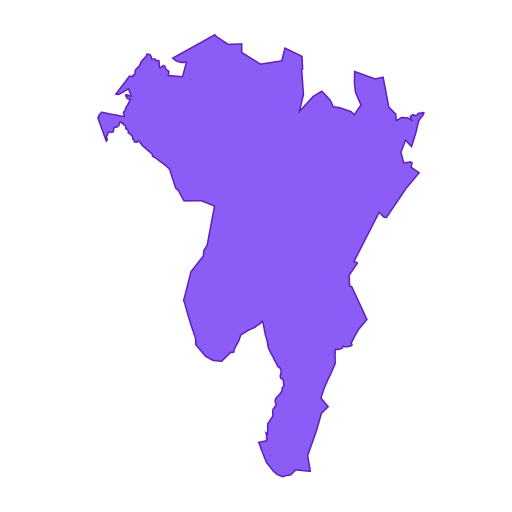 Tlalchapa, Guerrero, Mexico, rotated 182°
{"feature_id": "50627088B97959743507654", "entity_name": "Tlalchapa", "entity_type": "district", "adm_level": 2, "iso_a3": "MEX", "parent_name": "Mexico", "parent_adm1": "Guerrero", "projection": "robinson", "projection_center": [-100.395, 18.462], "detail": "fine", "context": "isolated", "style": "filled", "palette": "violet", "viewbox_px": 512, "rotation_deg": 182, "n_neighbors": 0, "source": "geoboundaries", "source_scale": "gbopen_adm2", "svg_char_len": 6006}
<svg xmlns="http://www.w3.org/2000/svg" viewBox="0 0 512 512"><g transform="rotate(182 256 256)"><path d="M194.2,42.7L197.4,58.4L189.6,83.1L185.1,101.2L178.6,107.9L186.1,116.3L185.5,118.8L183.1,126.6L179.4,136.0L178.0,138.9L173.1,151.2L173.6,160.7L173.4,161.9L173.5,163.0L173.6,163.8L173.7,164.4L173.7,164.7L173.7,165.1L173.6,165.4L173.5,165.5L173.3,165.6L173.1,165.5L172.7,165.5L172.4,165.3L172.2,165.2L171.9,165.2L171.5,165.4L171.2,165.5L170.4,165.5L169.8,165.7L169.3,165.9L168.3,166.2L167.6,166.6L167.0,166.8L166.5,167.1L166.3,167.6L166.0,168.5L165.9,168.9L165.7,169.0L165.4,169.0L165.2,168.7L164.9,168.5L164.7,168.5L164.3,168.4L163.3,168.4L162.6,168.4L161.4,168.6L160.4,168.9L159.6,168.9L158.8,169.1L158.2,169.4L157.6,169.7L157.3,170.0L157.1,170.1L157.1,170.3L157.0,170.6L157.0,170.9L157.9,172.1L154.7,178.9L154.6,179.3L151.0,186.1L142.9,196.4L151.2,212.8L159.3,228.7L161.4,229.5L162.3,240.1L161.7,240.9L154.5,252.3L154.9,253.1L158.0,253.7L134.5,303.9L129.5,299.3L127.1,298.9L109.6,326.8L109.8,327.0L95.9,344.9L104.1,350.1L103.3,354.5L105.1,355.5L111.5,354.0L114.8,364.8L110.6,377.0L104.4,370.8L100.7,384.1L98.1,396.7L96.1,400.0L94.5,401.7L93.1,404.8L94.6,405.3L96.4,404.4L98.5,404.4L100.0,402.5L101.8,401.9L104.3,402.8L106.7,400.6L105.2,397.1L109.2,399.3L115.2,399.5L116.1,399.2L117.2,398.1L120.6,396.3L121.3,402.7L128.5,409.5L135.2,439.1L143.1,437.1L163.8,443.8L163.7,432.6L162.3,423.2L158.7,415.5L156.3,410.7L162.7,400.6L166.0,403.6L177.7,407.2L184.0,407.9L187.5,414.6L196.0,423.0L204.3,417.6L217.6,402.0L214.2,419.2L215.3,428.9L215.4,430.2L216.9,444.1L215.9,444.4L217.0,457.1L234.3,464.8L237.1,451.9L258.2,447.9L277.4,458.9L277.6,467.4L291.2,466.5L303.1,473.8L304.9,475.7L328.9,461.2L346.1,450.9L343.1,448.5L339.5,447.2L336.8,446.7L332.2,447.4L335.7,432.6L350.1,433.3L349.6,435.4L349.5,437.0L349.9,437.8L351.0,438.5L352.1,439.1L353.0,440.4L353.8,442.3L354.0,442.7L355.1,443.1L356.2,442.6L357.1,441.4L358.3,440.7L358.5,440.9L358.7,441.3L359.0,440.2L359.4,445.8L360.0,448.0L362.9,447.7L363.7,449.4L367.0,449.0L367.4,451.0L368.7,453.4L371.4,454.1L372.1,453.9L372.1,453.7L372.2,452.9L372.4,452.4L377.5,446.2L379.2,441.8L379.5,441.5L381.3,439.7L382.7,438.1L383.0,437.4L383.2,436.9L383.3,436.4L383.4,435.6L383.3,435.2L383.3,434.8L383.2,434.4L383.3,433.9L383.4,433.3L383.6,433.1L383.9,433.0L384.4,432.9L384.8,432.8L385.0,432.6L384.9,432.1L384.9,431.7L384.9,431.3L385.2,431.2L385.4,431.1L385.8,431.0L386.4,431.3L386.7,431.3L387.0,431.2L387.4,431.2L387.7,431.2L388.0,431.1L388.5,431.3L388.8,431.3L393.0,425.2L394.3,423.4L397.8,418.5L400.0,415.3L401.7,413.0L401.1,412.9L400.6,412.8L400.5,412.7L399.0,412.6L395.4,414.7L394.6,415.2L389.2,418.7L388.6,417.1L386.4,411.4L388.4,411.6L389.0,412.1L389.3,412.4L389.5,412.5L390.8,412.7L391.6,412.7L391.6,412.1L391.7,411.2L391.0,411.1L390.6,410.4L390.2,409.6L390.2,409.4L390.3,409.0L389.6,409.0L389.2,408.8L389.1,408.5L388.9,408.5L387.9,408.3L387.0,408.2L389.6,402.4L390.3,401.3L390.5,401.0L390.7,400.7L391.0,400.3L391.3,399.6L391.4,399.4L391.4,399.0L391.5,398.6L391.6,397.8L391.9,396.9L393.5,394.9L393.5,394.5L392.4,390.8L393.1,390.8L397.0,391.3L398.1,391.5L400.3,392.0L400.5,392.0L403.4,392.4L404.3,392.4L404.6,392.5L405.8,392.7L406.4,392.8L407.1,392.9L408.4,393.1L410.1,393.5L410.5,393.5L415.4,394.3L416.1,393.3L418.0,390.9L418.2,390.6L417.9,389.6L418.9,388.7L409.6,365.5L409.3,365.8L409.0,366.4L408.8,367.4L408.9,368.3L409.4,369.1L409.7,369.7L409.5,370.2L409.3,370.9L408.9,371.3L408.6,372.0L408.4,372.9L408.0,374.1L407.4,374.9L406.9,375.0L406.2,374.7L405.2,374.5L404.3,374.5L403.9,374.8L403.1,375.3L403.0,376.0L402.8,376.7L402.7,377.7L402.5,378.4L402.3,379.0L401.7,379.6L401.3,379.8L400.7,380.0L399.7,379.9L399.2,380.2L398.6,380.6L397.9,381.5L397.3,382.3L397.1,383.4L396.8,384.8L396.4,385.3L396.1,385.4L395.7,385.3L395.2,384.5L394.6,384.2L394.0,384.0L393.5,383.9L393.4,383.9L393.3,383.7L393.3,383.0L393.0,382.6L392.5,382.3L391.8,382.2L391.1,381.5L390.8,380.9L390.8,380.3L390.8,380.0L390.7,379.2L390.4,378.6L390.1,378.6L389.8,378.7L389.5,378.4L389.4,378.2L388.8,377.4L388.4,377.1L388.1,376.6L387.7,376.0L387.7,375.7L387.8,375.5L388.0,375.1L388.1,374.8L386.7,373.9L386.2,373.5L384.3,371.9L383.6,371.2L383.4,370.8L383.5,369.4L383.6,368.9L383.1,368.4L382.7,368.2L381.8,367.2L381.7,366.9L381.6,365.8L381.4,365.6L380.9,365.7L380.5,365.8L379.9,365.8L378.9,365.4L378.7,365.6L378.4,366.6L377.5,367.0L377.0,366.8L376.5,365.9L375.9,365.4L375.2,364.6L374.8,364.2L374.4,364.3L374.1,363.6L374.0,363.2L373.8,362.9L373.7,362.6L363.3,354.2L362.9,352.1L359.5,350.3L354.3,346.7L349.2,343.1L346.6,340.9L346.5,340.6L345.6,340.1L338.6,321.0L335.9,318.8L329.9,308.6L312.5,309.3L299.2,304.5L305.2,264.9L308.4,259.5L308.6,254.3L320.4,238.1L326.8,208.9L325.4,205.9L325.2,205.0L323.1,198.2L318.3,184.0L313.6,171.9L313.0,165.1L302.8,153.9L295.2,150.1L286.7,149.6L278.2,158.5L274.9,159.1L274.8,160.1L274.3,162.4L270.3,170.5L268.5,176.5L260.6,181.8L253.9,185.1L253.4,186.1L252.1,186.8L250.9,187.6L249.3,188.8L248.3,189.8L247.6,191.0L247.0,190.3L246.7,189.7L246.3,188.2L246.1,187.1L245.7,185.6L245.1,182.5L244.7,180.8L244.2,179.3L243.8,177.1L243.0,175.1L242.5,173.7L242.0,171.7L241.5,170.2L241.2,167.9L240.9,166.7L240.7,165.5L240.3,164.3L239.7,163.2L238.9,161.6L238.1,160.0L237.3,158.6L236.4,157.3L235.4,155.7L234.0,152.7L233.4,151.8L231.6,148.9L230.8,147.0L230.7,146.7L229.0,145.3L228.6,145.6L226.8,142.6L227.1,139.6L226.6,138.5L226.9,138.2L227.5,138.0L227.5,136.6L227.5,136.1L227.0,134.7L225.0,133.7L224.1,131.7L224.1,129.6L223.6,127.8L223.7,127.2L223.7,126.9L225.4,125.0L225.2,124.3L225.2,123.2L225.4,122.2L226.0,121.1L227.0,119.3L227.8,118.4L228.5,117.5L230.2,115.8L231.0,114.7L231.5,113.4L231.8,112.3L231.8,111.4L231.7,110.7L231.3,109.7L230.8,108.8L230.6,108.2L230.9,107.2L233.7,103.5L233.9,98.6L233.4,96.8L238.4,88.8L238.2,78.5L239.9,79.6L239.2,77.4L239.1,75.7L239.2,75.4L239.2,74.7L238.3,73.6L239.9,71.5L246.8,69.8L244.9,65.6L244.7,64.7L238.4,50.1L231.1,41.6L227.0,38.3L221.2,36.3L219.4,37.4L213.8,38.4L208.8,43.6L194.2,42.7Z" fill="#8b5cf6" stroke="#5b21b6" stroke-width="1.5"/></g></svg>